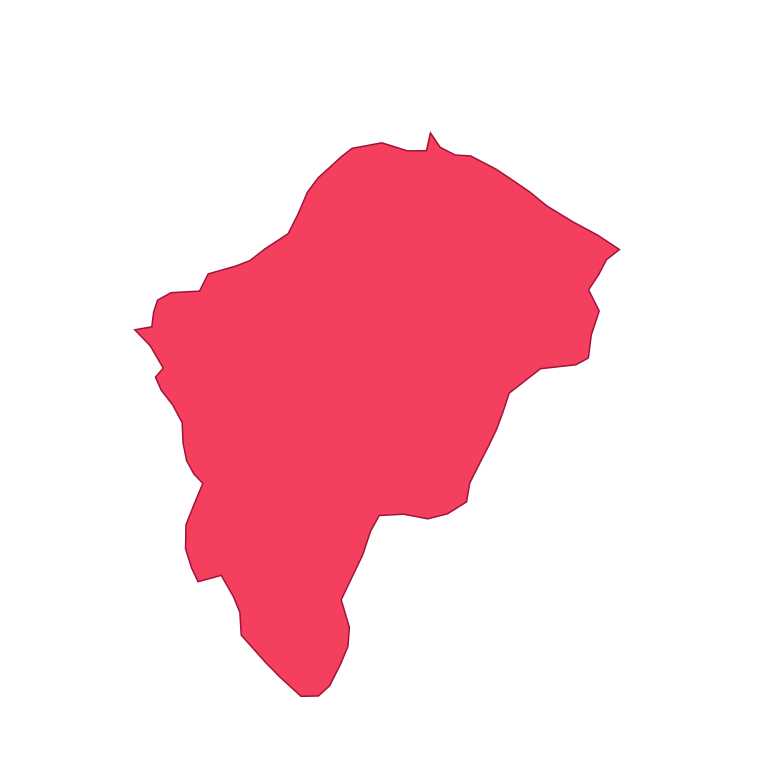 outline of Mia Milia, Cyprus, rotated 52°
{"feature_id": "46923920B95697923922739", "entity_name": "Mia Milia", "entity_type": "district", "adm_level": 2, "iso_a3": "CYP", "parent_name": "Cyprus", "parent_adm1": "", "projection": "orthographic", "projection_center": [33.421, 35.222], "detail": "fine", "context": "isolated", "style": "filled", "palette": "rose", "viewbox_px": 768, "rotation_deg": 52, "n_neighbors": 0, "source": "geoboundaries", "source_scale": "gbopen_adm2", "svg_char_len": 1178}
<svg xmlns="http://www.w3.org/2000/svg" viewBox="0 0 768 768"><g transform="rotate(52 384 384)"><path d="M187.8,547.0L210.0,544.7L235.6,548.2L237.9,559.9L251.9,563.4L270.5,563.4L290.3,566.9L306.6,578.6L322.9,586.8L338.0,589.2L350.8,588.0L361.3,606.7L372.9,626.6L391.6,641.8L410.2,648.8L425.3,652.3L434.6,630.1L459.1,633.6L475.4,638.3L494.0,651.1L530.1,648.8L551.1,646.4L579.0,641.7L589.5,627.7L588.3,612.5L577.8,590.3L568.5,573.9L554.5,561.1L527.7,550.6L521.9,538.9L512.6,520.2L505.6,506.1L491.7,485.1L484.7,468.7L498.6,448.8L517.2,432.5L525.4,413.8L527.7,391.5L514.9,377.5L504.4,355.3L497.4,340.1L489.3,323.7L480.0,308.5L468.3,291.0L468.3,270.0L468.3,251.3L487.0,220.9L489.3,206.9L473.0,190.5L459.0,169.5L435.8,164.8L429.9,147.3L423.0,132.1L423.0,115.7L398.5,123.9L371.8,135.6L343.8,146.1L322.9,150.8L297.3,158.9L283.3,163.6L257.7,175.3L247.3,187.0L232.1,194.0L214.7,192.8L226.3,206.9L214.7,222.0L192.6,237.2L178.6,264.1L178.6,278.1L179.8,292.2L180.9,308.5L185.6,326.1L197.2,347.1L206.5,367.0L204.2,395.0L204.2,413.8L199.5,429.0L189.0,454.7L197.2,472.2L180.9,495.6L178.5,510.8L185.5,521.3L196.0,531.8L187.8,547.0Z" fill="#f43f5e" stroke="#9f1239" stroke-width="1.5"/></g></svg>